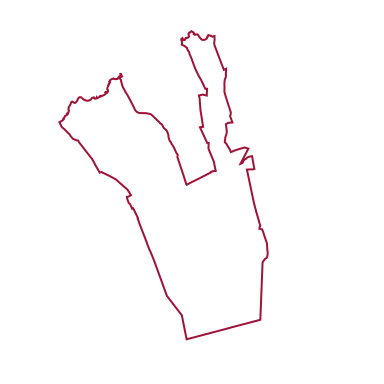 Sagaga le Falefa, A'ana, Samoa (Robinson projection), rotated 334°
{"feature_id": "51752279B7891864282518", "entity_name": "Sagaga le Falefa", "entity_type": "district", "adm_level": 2, "iso_a3": "WSM", "parent_name": "Samoa", "parent_adm1": "A'ana", "projection": "robinson", "projection_center": [-171.867, -13.864], "detail": "fine", "context": "isolated", "style": "outline", "palette": "rose", "viewbox_px": 384, "rotation_deg": 334, "n_neighbors": 0, "source": "geoboundaries", "source_scale": "gbopen_adm2", "svg_char_len": 4896}
<svg xmlns="http://www.w3.org/2000/svg" viewBox="0 0 384 384"><g transform="rotate(334 192 192)"><path d="M169.8,331.3L197.4,336.8L224.7,286.0L228.4,284.1L230.0,284.0L230.7,283.6L231.8,282.4L232.4,281.5L233.7,279.2L234.2,277.2L235.0,275.5L236.7,271.3L237.0,270.3L237.2,267.9L237.5,266.4L237.5,265.3L238.3,260.0L238.5,258.5L238.6,256.3L238.3,256.0L237.0,255.1L236.5,254.7L237.4,253.0L238.2,252.8L238.6,252.3L239.1,248.8L239.9,244.9L241.1,237.6L241.6,235.5L241.9,233.6L242.3,231.9L243.0,228.4L251.2,195.9L253.9,197.0L256.2,198.2L257.2,198.5L258.1,198.7L261.7,186.1L259.2,185.4L257.3,185.2L256.6,185.3L254.9,185.9L253.3,185.9L252.2,186.3L250.3,187.9L249.5,188.1L247.9,187.9L261.7,177.7L258.8,175.1L252.2,173.9L247.5,173.3L246.0,173.3L244.4,173.2L244.6,170.4L244.1,165.6L244.1,164.4L243.9,163.2L243.4,161.9L243.5,161.1L245.2,158.8L245.7,157.7L247.5,155.9L248.9,154.4L250.0,152.3L251.3,148.7L252.2,145.9L254.1,145.8L254.6,145.6L258.8,147.2L259.5,140.4L260.6,139.4L261.8,137.5L263.2,127.5L263.7,123.9L264.4,119.7L264.7,117.9L264.7,117.6L265.2,115.8L267.1,112.2L268.2,109.7L269.4,107.4L270.9,105.1L272.5,103.9L273.6,102.3L274.5,99.9L275.4,98.8L276.7,96.2L274.2,96.2L274.5,92.5L276.5,70.6L277.0,68.2L278.8,65.5L280.6,61.7L279.5,61.3L278.5,61.4L277.7,60.6L277.5,59.7L276.8,59.4L275.5,58.1L274.3,58.9L274.3,59.2L273.3,59.5L273.3,59.8L272.6,60.5L271.9,60.7L271.4,60.7L270.0,60.8L269.3,60.3L268.4,60.1L268.0,59.8L267.2,58.5L266.8,56.9L266.5,55.3L266.5,54.7L266.1,52.7L264.6,52.2L264.0,52.2L263.3,51.8L262.9,51.0L263.5,50.8L263.2,49.1L262.8,48.9L262.4,47.8L262.0,47.2L261.1,47.4L260.0,47.8L259.3,47.5L258.1,48.3L258.0,49.5L257.5,50.2L257.5,50.9L257.1,51.1L255.7,51.5L254.8,51.3L254.6,51.0L254.0,50.9L253.2,51.2L252.9,51.7L251.9,52.2L250.5,51.4L250.3,50.3L251.0,49.8L250.9,49.5L249.4,49.9L249.0,50.6L248.9,52.2L248.4,53.8L247.8,54.7L247.4,54.9L246.8,54.4L248.0,55.9L249.3,57.5L249.9,58.8L250.4,59.8L250.6,60.1L250.3,62.8L250.9,65.1L250.3,66.4L250.1,71.5L249.4,77.9L249.0,82.5L248.9,90.4L249.3,95.5L249.2,105.1L250.8,105.8L247.5,111.8L244.4,109.2L242.1,108.6L240.5,108.3L239.9,111.1L235.4,122.4L232.8,131.1L230.5,138.3L227.5,137.3L227.2,154.7L228.5,155.2L225.8,160.3L224.9,174.6L223.6,179.2L222.8,182.6L222.5,183.5L220.1,182.6L219.8,182.4L217.7,182.3L217.7,182.7L202.0,183.0L196.5,183.0L190.3,183.1L190.3,182.5L190.9,178.1L191.6,173.7L192.4,167.4L193.6,158.9L193.5,158.2L193.9,156.7L194.0,154.9L194.3,154.1L195.5,152.2L195.2,150.9L195.1,149.2L195.2,145.8L195.3,144.6L195.2,143.7L195.0,141.1L194.7,139.6L194.9,138.1L194.4,136.8L194.5,135.0L194.9,132.6L195.6,130.8L195.9,129.8L196.1,127.5L196.2,126.2L196.0,125.1L195.3,123.5L194.7,122.1L194.6,121.3L194.7,119.5L194.6,118.2L193.4,116.1L193.1,114.6L190.7,108.1L189.8,105.6L189.3,104.5L188.6,103.5L184.8,100.7L181.4,99.1L179.6,98.0L178.3,97.0L177.7,96.1L177.2,95.0L176.8,93.3L176.8,91.5L176.9,90.3L176.8,86.7L176.8,84.5L176.5,77.0L176.0,72.5L176.0,69.7L175.8,67.3L176.3,64.3L176.9,61.2L177.2,60.1L176.8,57.7L178.6,57.4L179.8,57.5L179.9,54.7L179.3,54.5L179.1,55.1L177.9,56.5L177.3,56.8L177.0,56.4L176.4,56.6L176.4,57.2L175.5,57.2L174.9,57.6L174.4,57.7L173.7,57.2L173.1,57.3L172.7,56.9L172.0,56.7L171.6,56.4L171.1,55.5L168.4,55.4L167.2,55.7L166.9,55.9L166.7,56.6L166.5,56.3L165.9,56.6L166.0,57.7L165.6,58.0L164.5,58.4L164.6,58.9L163.7,59.5L163.3,59.5L163.2,59.9L162.8,60.2L161.2,61.8L160.8,62.8L161.2,63.8L160.5,64.8L159.5,65.5L158.8,65.6L158.6,64.4L158.1,64.2L157.7,64.4L157.9,65.8L156.9,66.1L155.8,66.3L155.0,66.2L154.6,66.3L153.2,66.2L152.7,65.9L152.2,66.1L151.9,65.5L151.5,65.5L151.5,65.9L151.1,66.1L149.4,66.1L148.5,66.0L148.2,65.3L147.8,66.1L146.3,65.9L145.5,65.3L145.8,64.9L145.2,64.3L145.2,63.9L144.3,63.9L143.7,63.6L143.0,63.8L142.0,64.4L141.0,64.6L139.1,64.5L138.5,64.4L137.6,63.9L136.1,62.6L136.1,62.2L135.4,61.8L134.6,60.1L133.8,58.2L133.2,57.8L132.4,57.5L131.2,57.7L130.2,58.5L128.5,59.8L127.2,60.5L126.8,60.6L125.5,60.5L124.8,59.6L124.0,58.2L123.2,58.1L121.9,59.3L119.5,61.2L118.4,61.6L118.1,62.0L117.7,63.0L117.3,63.2L117.1,64.2L117.1,64.9L116.7,64.9L116.0,66.1L115.3,66.8L114.8,67.2L114.5,66.6L113.8,66.9L114.0,67.7L112.9,68.1L111.5,68.0L110.7,68.3L109.9,69.2L109.0,69.6L108.6,69.5L108.3,70.0L108.5,70.3L107.2,70.9L104.8,71.1L104.7,71.0L103.4,71.1L103.5,74.0L103.4,75.0L103.5,76.7L104.7,79.3L105.6,82.0L106.5,84.8L107.3,86.4L107.4,88.3L107.9,90.5L108.5,92.3L110.1,94.0L110.7,94.8L112.2,95.8L112.3,97.9L112.6,99.3L116.2,116.5L116.7,118.3L116.9,123.0L117.0,127.1L117.4,131.4L117.5,134.1L119.6,134.4L119.9,135.2L120.5,135.9L122.5,138.4L125.6,142.4L128.9,147.0L135.0,161.5L135.8,168.0L133.5,168.3L132.4,168.2L131.4,167.8L130.9,169.3L130.3,174.0L130.9,175.4L131.0,176.6L130.9,180.3L131.4,179.9L132.0,181.0L132.0,191.7L131.6,191.8L130.8,198.8L129.2,217.8L129.0,218.9L128.8,220.9L128.4,225.7L128.5,226.8L128.3,230.5L128.1,233.5L127.6,239.4L123.9,274.3L128.8,298.4L122.6,322.0L147.7,327.0L169.8,331.3Z" fill="none" stroke="#9f1239" stroke-width="2"/></g></svg>